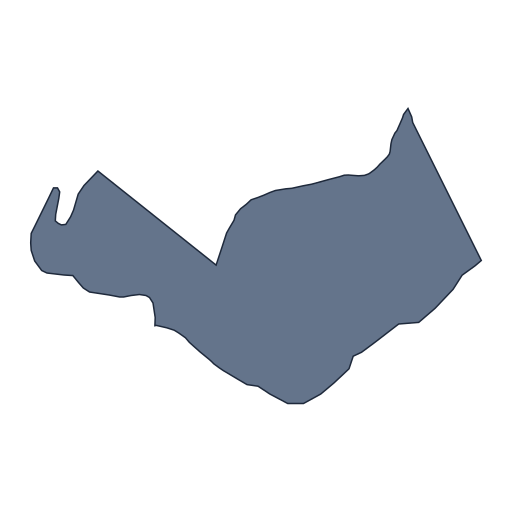 Christian Hill, Choiseul, Saint Lucia (Robinson projection)
{"feature_id": "8701671B2341246797828", "entity_name": "Christian Hill", "entity_type": "district", "adm_level": 2, "iso_a3": "LCA", "parent_name": "Saint Lucia", "parent_adm1": "Choiseul", "projection": "robinson", "projection_center": [-61.047, 13.774], "detail": "fine", "context": "isolated", "style": "filled", "palette": "slate", "viewbox_px": 512, "rotation_deg": 0, "n_neighbors": 0, "source": "geoboundaries", "source_scale": "gbopen_adm2", "svg_char_len": 1556}
<svg xmlns="http://www.w3.org/2000/svg" viewBox="0 0 512 512"><path d="M481.3,260.5L412.7,122.5L411.7,116.9L409.1,111.0L408.0,108.5L403.6,114.4L402.5,117.9L399.9,123.9L397.9,128.4L397.0,130.5L394.9,133.1L391.9,139.6L391.0,143.6L390.1,151.5L389.3,154.2L387.2,157.0L383.9,160.3L380.0,164.0L377.2,167.2L374.3,169.8L370.3,172.8L368.6,173.9L364.4,175.4L358.5,175.8L350.5,175.2L348.5,175.0L344.2,175.2L339.6,176.7L328.4,179.6L311.6,184.2L303.1,185.8L291.8,188.3L285.9,188.8L275.4,190.5L269.9,192.5L263.8,195.2L257.3,197.7L251.1,199.8L246.3,204.3L240.6,208.7L235.5,214.9L234.0,220.3L229.3,228.2L226.6,233.0L222.4,246.0L216.1,265.1L97.9,171.0L84.0,185.5L78.2,194.1L73.5,210.2L70.6,216.8L65.8,224.4L61.4,224.9L58.3,223.4L55.3,220.9L55.7,214.4L58.8,198.4L59.7,191.9L57.5,187.9L53.5,187.9L48.7,197.9L34.7,226.4L31.2,233.4L30.7,242.9L31.2,250.4L34.7,261.0L41.7,270.5L46.9,273.0L64.0,275.0L71.9,275.5L72.8,275.5L78.5,282.5L83.3,288.0L89.5,292.0L109.2,295.0L119.7,297.0L123.6,297.0L131.1,295.5L139.4,294.5L146.0,295.5L149.5,297.5L153.0,303.0L155.2,317.5L154.9,325.7L156.3,325.4L166.8,327.8L174.2,330.2L177.3,332.1L178.3,332.7L179.9,333.8L185.5,337.8L189.4,342.4L196.0,348.3L199.8,351.7L209.2,359.4L211.1,361.1L213.9,363.9L219.5,368.0L223.5,370.7L238.3,379.5L247.0,384.6L249.1,384.9L258.0,386.2L269.8,394.0L287.7,403.5L303.5,403.5L320.8,394.0L333.9,383.0L349.0,368.8L353.2,356.2L359.3,353.3L361.5,352.3L368.9,346.8L375.2,342.1L398.7,324.0L418.7,322.4L435.2,308.2L453.1,289.3L462.1,275.2L475.2,265.7L481.3,260.5Z" fill="#64748b" stroke="#1e293b" stroke-width="1.5"/></svg>